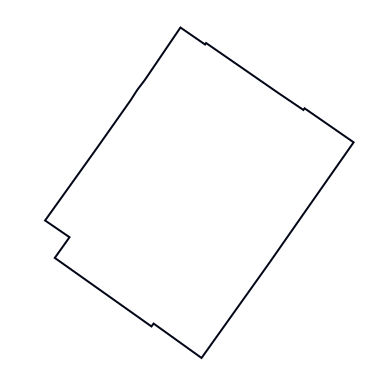 the district of Otter Tail, Minnesota, United States of America, rotated 305°
{"feature_id": "52423323B9010393281020", "entity_name": "Otter Tail", "entity_type": "district", "adm_level": 2, "iso_a3": "USA", "parent_name": "United States of America", "parent_adm1": "Minnesota", "projection": "orthographic", "projection_center": [-95.611, 46.412], "detail": "fine", "context": "isolated", "style": "outline", "palette": "ink", "viewbox_px": 384, "rotation_deg": 305, "n_neighbors": 0, "source": "geoboundaries", "source_scale": "gbopen_adm2", "svg_char_len": 394}
<svg xmlns="http://www.w3.org/2000/svg" viewBox="0 0 384 384"><g transform="rotate(305 192 192)"><path d="M322.6,206.8L322.1,118.1L320.3,118.1L320.1,88.2L256.7,89.1L244.3,88.6L231.7,89.1L172.9,88.9L84.4,88.0L84.7,117.6L59.3,117.4L58.6,235.9L62.2,236.0L61.5,295.0L178.4,296.0L237.1,295.9L325.4,295.9L325.1,236.2L323.1,236.2L322.6,206.8Z" fill="none" stroke="#020617" stroke-width="2"/></g></svg>